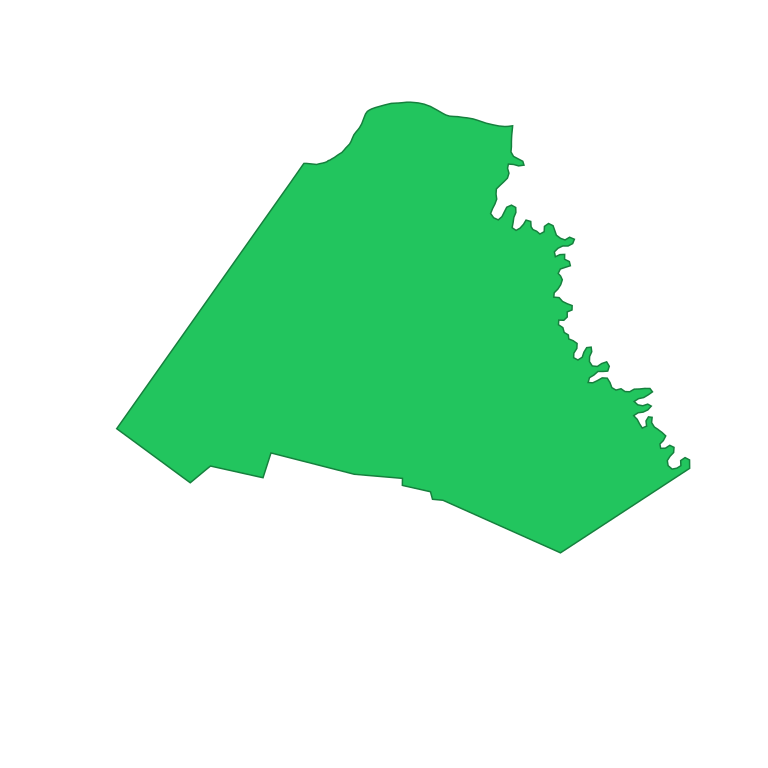 the district of Montecarlo, Misiones, Argentina, rotated 57°
{"feature_id": "61730980B57669558110084", "entity_name": "Montecarlo", "entity_type": "district", "adm_level": 2, "iso_a3": "ARG", "parent_name": "Argentina", "parent_adm1": "Misiones", "projection": "mercator", "projection_center": [-54.553, -26.697], "detail": "fine", "context": "isolated", "style": "filled", "palette": "green", "viewbox_px": 768, "rotation_deg": 57, "n_neighbors": 0, "source": "geoboundaries", "source_scale": "gbopen_adm2", "svg_char_len": 3950}
<svg xmlns="http://www.w3.org/2000/svg" viewBox="0 0 768 768"><g transform="rotate(57 384 384)"><path d="M621.2,173.6L614.1,169.1L609.7,171.6L609.8,176.9L613.7,179.2L614.2,179.5L614.2,180.0L614.1,184.2L612.3,188.7L607.2,190.2L603.6,188.6L602.5,188.1L600.4,183.5L600.0,181.8L599.2,178.4L595.1,175.3L591.1,177.7L591.1,183.0L588.6,187.0L585.0,185.5L584.6,185.3L583.6,180.6L583.5,180.4L581.0,176.0L576.1,177.2L571.6,178.9L571.4,178.9L567.3,180.7L562.1,180.6L558.0,177.3L555.6,180.1L557.7,184.4L560.5,185.8L562.4,186.7L562.2,187.4L561.6,191.4L556.7,191.4L551.5,190.9L548.6,191.5L546.5,191.8L546.5,186.6L548.7,182.0L549.4,176.8L548.8,174.6L548.1,171.9L544.5,173.8L543.2,178.8L539.7,182.5L534.9,183.7L534.9,180.8L534.9,178.5L536.8,173.6L537.0,168.4L536.9,165.4L536.8,163.1L532.6,163.4L529.7,167.8L527.3,172.5L524.6,177.0L524.4,180.3L524.4,181.0L524.3,182.2L521.6,186.0L517.1,187.8L515.4,192.8L511.1,194.9L505.9,193.7L500.7,193.6L497.7,197.7L497.4,203.0L496.7,208.3L493.9,212.0L493.4,211.4L490.6,208.2L490.8,203.0L490.0,197.8L492.8,193.4L494.7,190.0L495.0,189.3L491.8,185.4L486.7,185.2L485.4,190.3L485.5,195.5L482.3,199.5L477.1,199.5L472.9,196.6L470.1,192.2L465.9,190.2L463.9,194.2L466.2,199.0L467.3,200.4L469.5,203.1L469.5,205.7L469.5,208.3L465.2,210.6L461.8,208.2L461.4,207.8L461.2,207.3L459.2,202.9L455.2,200.0L450.7,201.8L446.8,204.5L443.3,202.7L438.9,204.8L434.1,203.3L433.9,203.4L429.3,205.4L425.6,202.6L426.8,200.9L428.5,198.5L427.6,193.8L426.6,193.2L423.3,191.1L423.7,189.2L424.3,186.0L420.7,183.5L416.5,186.6L412.0,189.3L406.9,190.1L403.6,194.3L400.2,191.6L399.1,186.5L397.0,181.8L394.8,179.0L394.5,178.7L393.7,177.7L389.7,177.1L386.1,177.7L385.8,177.2L383.6,173.5L384.9,168.4L385.0,168.1L386.3,163.3L382.3,161.9L377.7,164.6L373.7,161.9L371.3,166.0L370.6,171.0L368.2,170.0L366.0,169.2L364.9,164.1L365.6,158.9L368.5,154.5L368.9,150.3L369.0,149.3L366.3,145.5L362.0,148.4L361.8,153.7L358.0,156.6L353.1,158.4L348.3,157.2L343.3,156.0L339.0,158.6L339.2,163.6L340.3,164.4L343.5,166.7L343.3,169.4L343.1,171.6L339.0,172.8L335.6,175.0L332.2,175.0L327.6,172.4L323.9,175.6L325.2,178.3L326.0,179.8L327.3,184.7L327.4,184.8L327.1,189.6L322.7,191.4L318.9,187.8L315.0,184.4L312.0,180.0L307.7,177.4L303.4,179.7L302.6,184.8L305.2,189.3L307.9,193.9L308.4,197.4L308.6,198.8L304.3,201.5L299.0,201.7L298.7,201.2L296.0,197.4L293.5,193.0L290.5,189.0L290.4,188.8L285.7,186.6L281.6,183.5L280.6,178.6L279.7,173.5L278.6,168.4L277.3,166.8L275.3,164.4L270.4,162.9L268.1,160.7L267.3,159.9L270.5,155.7L274.4,152.3L276.2,148.4L276.7,147.4L272.8,146.3L268.2,148.9L263.7,151.4L263.2,151.4L258.5,151.1L254.4,147.9L250.1,145.1L247.4,143.2L244.8,141.3L239.7,137.2L238.7,136.4L237.5,135.5L235.6,139.5L233.9,142.4L230.2,147.1L226.0,151.4L220.9,156.3L213.8,161.9L210.1,165.0L206.1,169.3L203.5,172.5L199.9,176.6L197.9,179.4L195.1,183.1L192.1,185.6L188.9,187.4L183.2,190.3L179.5,192.3L176.5,193.9L173.5,196.2L171.3,197.8L169.1,200.0L167.0,202.1L164.9,204.7L162.1,208.3L160.2,211.2L158.1,215.3L156.3,218.7L155.0,220.9L152.6,225.1L150.4,231.3L148.9,236.1L147.5,240.6L146.6,244.4L146.3,247.1L146.3,249.5L147.4,252.2L147.4,252.3L150.0,256.0L153.6,260.9L155.7,264.9L156.6,267.4L156.6,267.5L157.4,270.2L158.6,273.5L160.8,276.9L162.7,279.6L163.4,281.0L164.0,282.1L165.2,287.3L165.3,287.8L165.9,289.5L166.9,293.2L166.8,296.0L166.8,298.3L166.9,300.3L167.0,302.4L166.8,305.0L166.8,307.3L166.3,309.1L166.5,310.9L165.9,313.4L165.3,315.2L164.1,318.2L163.2,321.0L162.5,321.8L156.7,329.0L155.4,331.0L155.6,331.6L156.7,334.4L161.6,346.4L162.0,347.5L164.0,352.3L168.6,363.9L169.8,366.9L170.3,368.2L176.9,384.7L181.2,395.5L219.8,492.1L275.9,632.5L322.8,614.8L353.9,603.1L356.5,602.1L361.3,600.3L358.9,580.0L358.3,574.2L393.6,539.6L396.7,536.5L380.3,516.4L381.8,514.9L385.3,511.7L443.6,458.0L473.2,419.9L476.6,422.2L479.0,423.8L480.0,422.9L499.7,403.7L502.1,404.5L507.1,406.1L513.5,398.0L513.6,397.9L619.6,329.3L621.7,328.0L621.2,176.0L621.2,173.6Z" fill="#22c55e" stroke="#15803d" stroke-width="1.5"/></g></svg>